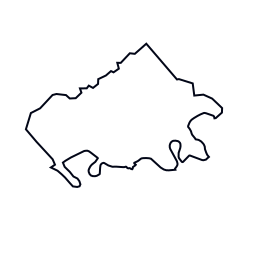 outline of Tensas, Louisiana, United States of America, rotated 49°
{"feature_id": "52423323B9748869428654", "entity_name": "Tensas", "entity_type": "district", "adm_level": 2, "iso_a3": "USA", "parent_name": "United States of America", "parent_adm1": "Louisiana", "projection": "robinson", "projection_center": [-91.232, 31.991], "detail": "fine", "context": "isolated", "style": "outline", "palette": "ink", "viewbox_px": 256, "rotation_deg": 49, "n_neighbors": 0, "source": "geoboundaries", "source_scale": "gbopen_adm2", "svg_char_len": 2360}
<svg xmlns="http://www.w3.org/2000/svg" viewBox="0 0 256 256"><g transform="rotate(49 128 128)"><path d="M196.8,84.7L194.5,83.8L192.4,82.3L190.2,81.6L189.0,81.5L186.2,81.6L183.6,82.4L182.9,82.8L180.9,84.4L180.2,84.2L175.3,84.0L173.9,83.6L171.8,82.6L168.9,82.0L166.7,81.9L166.0,81.4L164.3,78.1L163.8,76.6L163.5,74.6L163.8,71.6L164.5,67.6L165.3,64.3L166.4,61.0L166.9,60.3L168.1,59.4L174.7,55.6L175.7,55.5L176.1,55.7L177.4,56.4L178.1,55.3L178.0,47.0L174.7,43.9L161.0,45.2L152.3,49.2L147.0,56.7L136.8,49.9L124.5,57.5L123.5,59.2L76.4,58.9L76.5,74.2L72.8,77.6L74.1,90.7L71.8,93.3L77.2,96.0L76.5,102.4L73.9,103.5L73.9,110.2L71.6,118.4L75.1,121.7L74.8,128.1L70.3,129.8L71.0,133.1L66.6,138.3L70.8,140.0L71.2,147.9L67.5,152.6L62.5,153.2L55.4,159.7L53.6,163.3L55.5,181.4L53.0,191.5L62.0,205.9L78.4,206.1L102.2,205.4L107.8,207.2L107.2,212.1L114.0,209.2L119.6,208.4L124.1,208.0L124.6,208.0L131.4,208.0L135.9,207.9L139.2,205.0L140.2,202.8L139.3,200.9L136.3,199.6L133.0,199.3L128.8,201.0L124.8,200.8L123.1,200.7L115.8,201.3L111.4,199.8L111.7,196.6L112.8,190.4L116.6,176.2L117.4,174.9L118.6,173.5L119.9,172.8L121.8,172.3L130.6,170.5L131.0,170.6L132.1,174.9L131.9,179.2L132.1,180.9L132.5,182.3L133.3,184.2L134.0,185.4L134.6,185.9L135.5,186.5L137.6,187.2L139.6,187.1L141.3,186.1L142.8,184.4L143.6,182.9L144.2,179.9L144.1,179.4L139.8,175.2L138.3,173.5L137.9,172.9L137.7,172.2L137.6,171.1L138.0,169.8L138.3,169.3L138.9,168.9L143.4,167.4L147.0,165.2L149.2,162.5L154.2,157.5L155.2,156.3L155.8,155.0L156.3,154.7L157.3,154.8L158.3,154.5L158.6,154.3L159.1,153.4L159.5,153.0L161.2,152.4L161.9,151.8L161.7,151.1L160.7,149.9L161.0,146.8L160.8,146.2L159.0,146.5L158.5,146.3L158.4,146.0L159.4,142.5L159.6,140.3L159.6,138.9L159.8,137.8L160.7,136.3L162.8,133.8L164.7,131.9L166.3,130.8L179.2,129.3L182.8,128.2L185.0,126.8L186.7,125.0L190.6,119.6L189.5,119.1L189.2,117.5L188.7,115.8L188.2,114.8L187.2,113.9L185.2,112.9L177.1,111.1L171.6,109.9L169.9,109.1L168.5,107.9L167.8,106.9L167.2,105.6L167.0,104.8L167.0,103.8L167.1,103.0L167.4,102.2L168.7,100.5L170.6,99.0L171.6,98.6L173.2,98.5L174.4,98.9L176.1,100.2L177.4,101.7L180.0,106.1L182.9,108.7L184.3,109.3L188.8,109.6L189.4,109.3L189.7,108.7L189.0,100.4L189.0,99.8L189.4,99.3L193.1,97.3L200.8,93.1L201.8,92.2L203.0,89.9L202.9,87.9L202.9,85.9L200.7,85.9L199.0,85.5L197.0,84.8L196.8,84.7Z" fill="none" stroke="#020617" stroke-width="2"/></g></svg>